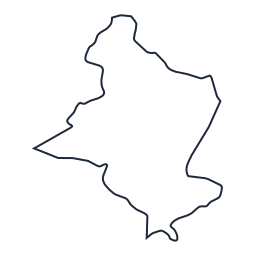 Sidi Bou Zid, Robinson projection
{"feature_id": "TUN-113", "entity_name": "Sidi Bou Zid", "entity_type": "Governorate", "adm_level": 1, "iso_a3": "TUN", "parent_name": "Tunisia", "parent_adm1": "", "projection": "robinson", "projection_center": [9.5, 34.865], "detail": "fine", "context": "isolated", "style": "outline", "palette": "slate", "viewbox_px": 256, "rotation_deg": 0, "n_neighbors": 0, "source": "natural_earth", "source_scale": "10m", "svg_char_len": 2843}
<svg xmlns="http://www.w3.org/2000/svg" viewBox="0 0 256 256"><path d="M122.9,15.4L131.1,16.3L135.2,21.5L136.3,23.7L136.3,24.4L136.3,25.0L135.6,30.6L134.9,32.7L134.0,38.1L134.0,38.7L134.1,39.2L134.3,39.8L134.7,40.5L135.4,41.4L146.6,51.7L147.7,52.3L150.3,52.9L151.9,53.0L153.3,52.9L154.0,52.7L154.9,52.9L155.8,53.2L165.0,62.7L165.4,63.3L166.7,65.9L167.1,66.5L167.6,67.2L169.0,68.6L170.2,69.4L171.6,70.2L175.8,71.8L186.8,74.0L200.2,78.2L200.9,78.3L201.7,78.3L202.3,78.2L209.7,75.6L210.6,76.2L211.5,77.6L216.8,95.8L217.6,97.3L220.4,101.2L208.8,127.0L191.7,155.1L188.3,162.2L187.3,164.9L186.8,166.4L186.5,168.9L186.5,170.8L187.3,174.4L187.6,175.0L187.9,175.6L188.3,176.0L188.8,176.2L205.0,178.2L208.2,179.1L220.4,185.1L221.0,185.6L221.7,186.6L221.9,187.3L221.9,188.1L221.4,191.3L220.6,194.3L220.2,195.5L219.8,196.3L219.3,197.0L218.8,197.6L218.1,198.1L211.0,201.7L209.6,202.9L207.4,205.4L206.7,206.0L206.0,206.3L205.3,206.4L201.9,206.3L200.5,206.5L199.9,206.6L198.6,207.2L197.7,207.9L192.1,212.8L190.7,213.7L187.7,215.3L178.8,218.3L174.6,220.6L172.7,222.3L171.3,224.0L170.7,225.0L170.6,225.9L170.9,226.5L171.4,227.1L173.9,229.2L174.9,230.6L175.7,232.0L176.8,234.5L177.0,235.5L177.3,236.6L177.4,238.5L177.1,239.6L176.6,240.3L176.0,240.5L175.4,240.6L174.8,240.6L174.2,240.5L172.9,240.1L170.0,238.6L169.5,237.1L168.8,235.6L168.3,235.0L167.7,234.4L166.3,233.2L163.3,231.3L161.9,230.7L160.7,230.7L159.2,231.0L153.2,233.0L151.2,234.2L146.7,237.9L147.4,216.7L147.2,216.0L147.0,215.4L146.0,214.3L144.3,213.2L137.2,209.8L136.2,209.2L132.3,206.1L131.0,204.9L130.2,203.9L128.0,200.4L126.7,199.0L125.5,198.2L116.0,194.7L114.9,194.1L113.5,193.2L109.5,189.8L106.4,186.4L104.7,184.2L104.1,183.1L103.2,180.8L102.9,179.3L102.9,178.4L102.9,177.6L103.0,176.9L103.3,175.6L106.9,166.5L107.0,165.8L107.0,165.1L106.6,164.5L105.8,164.2L104.4,164.4L103.4,164.8L101.3,165.9L100.0,166.3L99.4,166.4L98.5,166.2L97.3,165.8L88.1,160.9L72.7,158.1L58.2,158.0L34.1,148.4L70.8,127.6L72.1,126.4L71.9,125.8L71.3,125.2L69.3,124.1L68.7,123.6L68.1,122.9L67.7,122.2L67.3,121.6L67.2,120.8L67.6,119.7L68.5,118.3L73.5,112.9L74.4,111.4L75.6,108.8L75.8,108.2L76.9,106.1L78.4,104.1L79.3,103.3L80.1,102.9L82.7,103.6L83.9,103.8L84.4,103.8L84.7,103.7L90.5,100.7L98.1,98.3L102.0,96.2L103.1,95.2L103.7,94.4L103.9,93.7L104.0,93.1L104.1,92.5L104.1,92.0L104.0,91.6L103.8,91.0L102.6,88.2L101.9,86.4L101.6,84.6L101.4,81.4L101.5,79.3L102.8,71.8L102.9,69.8L102.8,69.0L102.5,68.3L102.1,67.6L101.6,67.0L100.9,66.5L99.4,65.6L88.1,62.2L87.6,61.9L86.4,61.1L85.9,60.5L85.7,60.2L85.5,59.6L85.4,59.0L85.4,58.3L85.4,57.6L85.5,56.9L86.2,54.2L88.6,48.6L89.4,47.3L90.2,46.4L91.7,45.5L94.0,43.5L94.8,42.5L95.3,41.7L97.0,36.8L97.5,35.6L98.2,34.6L99.5,33.3L100.9,32.2L106.1,29.2L108.1,27.4L109.8,25.5L110.6,24.4L111.2,23.3L111.8,20.7L112.1,17.6L120.0,15.4L122.9,15.4Z" fill="none" stroke="#1e293b" stroke-width="2"/></svg>